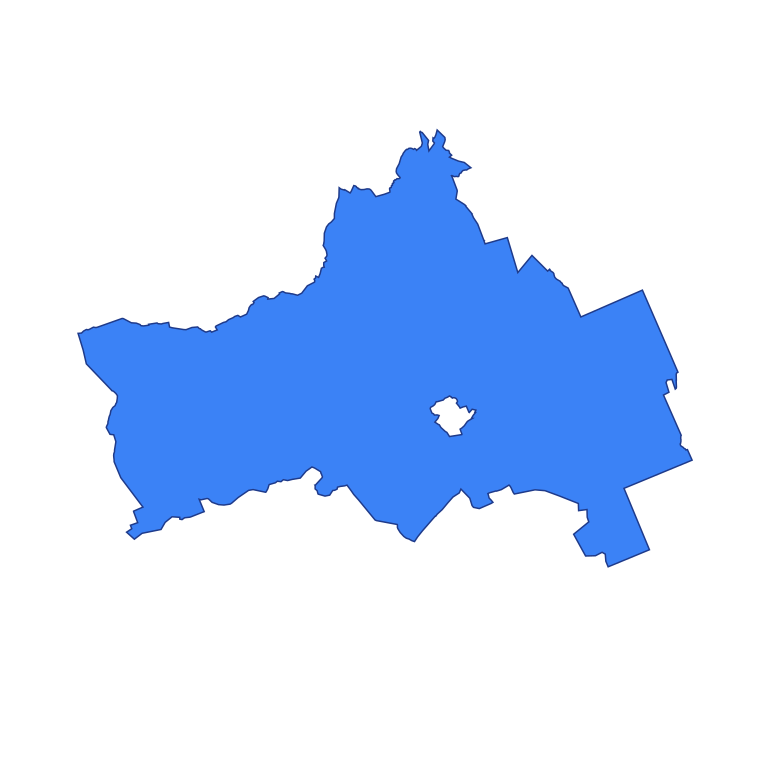 outline of Viesītes pag., Viesites, Latvia, rotated 345°
{"feature_id": "27541924B828825882748", "entity_name": "Viesītes pag.", "entity_type": "district", "adm_level": 2, "iso_a3": "LVA", "parent_name": "Latvia", "parent_adm1": "Viesites", "projection": "orthographic", "projection_center": [25.496, 56.366], "detail": "fine", "context": "isolated", "style": "filled", "palette": "blue", "viewbox_px": 768, "rotation_deg": 345, "n_neighbors": 0, "source": "geoboundaries", "source_scale": "gbopen_adm2", "svg_char_len": 6159}
<svg xmlns="http://www.w3.org/2000/svg" viewBox="0 0 768 768"><g transform="rotate(345 384 384)"><path d="M597.5,612.8L588.8,546.9L661.9,537.3L660.1,525.9L658.6,525.9L658.2,524.7L657.2,523.9L656.7,522.8L654.9,520.8L654.6,520.2L654.5,519.2L654.7,518.4L655.0,518.3L655.9,516.4L656.5,514.3L656.5,513.3L657.4,510.8L657.8,510.5L651.1,467.0L657.1,465.7L656.8,455.6L658.6,453.4L663.3,454.1L664.0,464.3L665.2,463.7L665.7,462.6L667.2,455.9L667.4,455.9L668.8,450.1L669.5,449.1L671.0,448.7L668.0,428.1L657.9,360.2L591.5,370.2L586.7,339.0L582.8,335.3L582.1,333.4L582.2,332.9L581.1,331.4L580.8,330.4L577.8,327.4L576.7,325.4L576.5,324.4L576.5,322.3L576.6,321.2L576.1,320.0L573.8,317.3L574.0,316.7L573.7,316.0L571.3,317.3L560.2,298.1L542.1,311.0L541.0,274.5L517.9,274.8L517.6,271.3L517.9,271.2L517.6,270.9L515.9,253.8L513.5,246.6L512.8,242.2L513.0,242.2L509.1,233.8L509.2,233.0L508.9,232.9L508.5,231.8L501.3,224.0L504.6,216.8L504.8,215.7L503.5,202.4L503.1,200.2L503.5,200.2L505.6,201.9L507.7,202.2L509.2,202.9L510.2,202.5L510.7,201.4L511.6,200.3L513.3,200.0L514.1,199.0L515.6,198.2L518.0,198.3L519.3,198.7L521.1,198.0L523.9,197.6L518.9,190.8L513.7,188.0L507.9,183.6L505.9,181.8L508.6,180.5L507.0,177.9L507.2,177.0L506.9,175.2L504.4,174.2L502.7,171.4L502.1,169.9L505.3,165.7L506.3,163.9L506.6,161.6L501.1,152.4L498.7,156.6L496.8,159.0L495.7,159.6L495.1,158.9L494.0,162.0L495.1,164.2L494.4,165.1L487.7,170.5L488.3,163.8L490.1,160.3L486.0,151.0L485.4,150.8L484.4,149.4L483.7,149.9L483.4,161.2L481.6,164.1L475.9,166.7L475.7,165.7L474.9,164.8L474.5,164.5L473.3,165.0L471.9,163.7L470.7,163.1L469.0,162.8L467.4,163.5L466.5,163.2L465.0,164.0L462.2,166.2L461.5,167.3L459.3,169.2L455.7,175.1L451.9,179.2L450.8,181.7L450.7,183.3L451.4,185.5L453.0,188.7L452.9,189.0L452.2,189.5L450.6,189.4L449.8,189.0L448.0,189.9L447.5,189.6L447.3,189.9L446.1,190.2L445.7,190.6L445.7,191.9L444.8,192.6L444.6,192.3L443.9,192.7L443.6,193.4L443.5,194.2L442.4,194.5L442.0,195.9L441.5,196.2L440.7,196.0L440.0,196.6L439.8,197.5L439.7,199.2L439.2,200.3L433.4,200.8L424.6,200.9L422.1,194.5L421.3,192.8L420.2,191.8L418.0,191.1L415.2,191.0L412.4,190.4L411.2,189.8L409.7,188.7L410.0,188.4L408.4,186.9L408.4,186.2L407.6,185.3L406.2,184.5L402.1,189.5L400.7,190.7L396.4,186.2L396.1,186.5L392.9,184.6L391.5,182.8L388.9,191.5L388.4,192.5L384.8,197.1L380.2,206.5L378.9,211.3L375.0,213.9L372.0,215.1L369.1,217.4L365.4,222.9L363.2,230.4L361.9,233.3L361.1,234.4L362.4,238.9L362.7,240.8L362.4,244.5L361.8,245.7L359.6,247.2L360.3,249.4L360.4,250.3L357.3,251.1L356.5,253.7L356.5,255.6L356.0,255.4L353.5,256.0L350.9,260.8L348.4,264.1L346.0,262.1L345.2,264.0L343.6,264.6L343.9,266.2L343.3,267.6L335.4,269.3L328.0,275.0L323.5,275.9L319.0,273.3L317.1,272.6L316.7,272.2L312.4,270.5L310.6,268.8L309.7,268.4L306.3,269.0L306.4,270.0L300.0,272.9L293.7,271.9L294.4,270.6L291.6,268.2L290.5,267.7L285.2,268.0L279.0,270.4L279.5,271.8L277.7,273.2L276.6,273.0L275.4,273.7L273.5,275.3L272.0,278.0L269.4,281.0L262.7,282.1L260.6,279.9L257.4,280.1L255.3,280.9L250.5,281.6L247.6,283.0L244.8,283.0L236.8,284.5L235.9,285.3L236.9,288.6L231.0,289.3L229.9,287.6L225.5,287.8L224.5,287.1L221.5,284.2L221.0,283.2L220.0,282.7L218.8,280.7L213.1,279.7L206.9,280.3L204.7,279.6L194.0,274.9L191.6,273.5L191.9,268.8L186.0,268.3L184.5,268.4L181.4,267.3L180.6,266.3L172.1,265.4L172.2,266.2L171.8,266.3L166.8,265.7L164.4,264.8L163.7,263.4L160.5,261.1L155.8,259.5L149.2,253.4L148.0,252.9L121.5,255.0L120.3,254.9L118.0,253.9L113.3,255.0L111.9,255.0L111.0,254.4L110.4,254.4L107.5,255.1L105.0,256.5L101.6,255.9L102.2,273.3L101.7,287.5L119.2,319.4L119.2,319.8L120.9,321.1L122.6,323.8L123.5,326.3L122.6,329.0L121.0,332.6L119.9,333.6L118.7,335.3L116.0,336.5L113.3,339.0L111.6,342.5L110.3,344.1L109.1,346.2L108.4,347.8L107.8,348.5L107.0,350.9L105.0,353.2L104.5,354.2L106.3,361.7L109.8,363.1L110.1,370.3L106.6,378.1L106.2,379.6L104.9,381.6L104.3,383.3L103.6,387.6L103.2,389.3L105.5,406.4L119.3,440.5L109.2,442.0L109.1,442.4L110.2,454.2L102.5,454.8L102.9,458.5L97.0,460.5L102.7,469.3L111.7,465.6L131.0,466.8L136.8,461.0L144.9,457.4L152.2,459.9L151.8,461.7L153.8,462.7L156.8,461.6L162.1,462.4L163.5,462.3L177.3,460.7L175.6,447.5L177.3,448.5L183.3,448.8L184.3,449.2L184.7,449.5L187.3,453.8L193.0,457.7L198.1,459.5L204.3,460.2L206.2,459.6L213.8,455.9L225.7,451.7L230.2,452.1L241.6,457.9L242.1,457.8L244.6,455.2L246.8,451.7L247.3,451.4L253.6,451.3L255.8,450.3L259.2,451.7L262.0,450.4L265.9,452.3L270.7,452.4L278.8,453.2L286.2,448.0L292.9,445.5L295.1,447.1L300.0,452.2L300.1,453.9L300.0,454.1L300.2,454.5L300.5,457.7L300.1,458.4L291.4,464.0L291.1,463.9L291.2,464.4L290.3,467.5L291.8,469.7L291.8,473.1L292.0,473.4L298.0,477.0L302.8,477.3L306.9,473.6L308.9,473.9L311.5,473.4L312.4,471.6L315.0,471.6L319.7,472.2L322.1,472.1L324.7,478.7L326.2,482.9L329.5,489.5L340.2,513.1L341.4,514.0L360.4,523.1L360.5,523.6L359.8,526.1L360.0,527.6L361.2,531.6L363.7,536.4L365.6,538.7L368.1,540.3L370.3,542.5L372.7,544.1L377.0,540.3L383.1,535.8L399.3,524.9L399.7,525.1L401.7,523.5L407.7,520.4L415.2,515.1L421.4,511.0L428.5,508.7L431.1,505.4L437.3,516.5L437.6,524.2L438.5,526.3L443.8,529.0L456.6,527.1L458.6,526.5L457.5,524.0L456.0,521.3L456.1,518.3L456.0,516.7L457.9,516.4L464.4,516.3L465.0,516.6L470.0,516.4L478.6,514.0L479.4,515.4L479.9,517.3L480.7,522.1L481.4,524.0L502.5,525.3L511.9,528.7L524.5,537.6L540.8,549.7L539.2,556.7L547.6,557.8L545.8,565.3L546.1,570.2L528.3,578.2L534.2,602.3L543.8,604.6L551.1,603.0L553.7,605.6L552.4,612.6L553.2,618.6L597.5,612.8ZM462.0,437.4L459.6,439.8L460.5,440.1L455.7,441.4L454.5,442.0L450.8,445.1L447.7,446.7L445.8,447.3L446.3,452.5L446.0,453.0L433.7,451.7L432.2,447.0L430.9,445.7L427.7,440.7L426.9,437.8L426.1,437.2L423.3,434.0L427.1,431.3L429.1,428.7L427.5,427.7L424.6,427.0L424.2,425.7L422.8,424.5L422.3,420.6L422.3,419.6L423.0,418.6L425.8,417.9L427.7,417.0L429.9,414.6L430.8,414.9L437.1,414.8L439.2,413.5L442.0,413.2L444.1,412.5L445.5,413.7L445.4,414.0L446.4,415.3L446.8,415.1L448.2,415.4L449.3,416.1L449.9,416.7L450.5,418.3L450.5,419.7L450.4,420.1L449.0,421.2L450.9,425.5L451.3,427.0L454.5,426.6L457.8,426.7L458.7,433.2L459.0,433.6L462.6,431.2L466.0,433.0L464.4,434.9L465.0,435.2L462.0,437.4Z" fill="#3b82f6" stroke="#1e3a8a" stroke-width="1.5"/></g></svg>